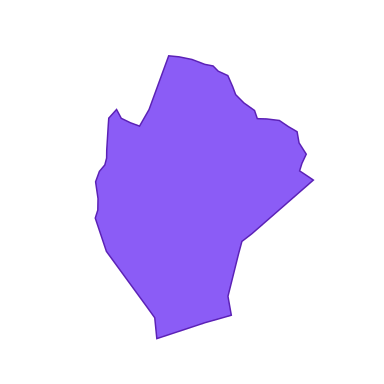 outline of Pedro Régis, Paraíba, Brazil, rotated 231°
{"feature_id": "56859067B44809734962782", "entity_name": "Pedro Régis", "entity_type": "district", "adm_level": 2, "iso_a3": "BRA", "parent_name": "Brazil", "parent_adm1": "Paraíba", "projection": "albers", "projection_center": [-35.282, -6.668], "detail": "fine", "context": "isolated", "style": "filled", "palette": "violet", "viewbox_px": 384, "rotation_deg": 231, "n_neighbors": 0, "source": "geoboundaries", "source_scale": "gbopen_adm2", "svg_char_len": 763}
<svg xmlns="http://www.w3.org/2000/svg" viewBox="0 0 384 384"><g transform="rotate(231 192 192)"><path d="M312.5,259.6L283.1,210.5L276.2,192.7L284.6,187.7L293.8,183.4L303.6,185.3L301.8,173.8L296.0,168.4L286.5,159.7L278.0,151.9L272.1,147.0L267.9,141.3L266.3,133.0L260.6,123.5L246.0,114.8L237.2,107.4L232.6,100.4L199.7,88.1L131.9,84.7L117.7,83.9L100.2,72.4L82.2,120.0L76.8,132.5L71.5,145.0L88.3,154.3L114.6,189.2L122.2,199.7L121.9,212.3L124.9,293.8L133.8,291.1L140.7,288.9L145.1,295.5L149.5,304.6L162.8,306.1L172.7,311.6L182.3,308.0L192.6,304.9L201.8,296.0L207.9,288.9L216.0,291.9L228.5,288.4L240.2,287.2L248.3,289.9L259.9,293.1L269.4,288.4L276.7,287.7L283.1,282.3L295.0,275.4L305.2,267.0L312.5,259.6Z" fill="#8b5cf6" stroke="#5b21b6" stroke-width="1.5"/></g></svg>